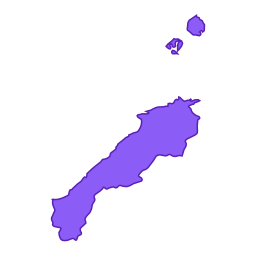 Shimane, Natural Earth projection
{"feature_id": "JPN-1824", "entity_name": "Shimane", "entity_type": "Prefecture", "adm_level": 1, "iso_a3": "JPN", "parent_name": "Japan", "parent_adm1": "", "projection": "natural_earth1", "projection_center": [132.68, 35.321], "detail": "fine", "context": "isolated", "style": "filled", "palette": "violet", "viewbox_px": 256, "rotation_deg": 0, "n_neighbors": 0, "source": "natural_earth", "source_scale": "10m", "svg_char_len": 4212}
<svg xmlns="http://www.w3.org/2000/svg" viewBox="0 0 256 256"><path d="M52.3,199.5L52.8,199.3L55.5,199.6L58.6,199.2L62.6,198.0L65.5,196.6L67.1,195.9L68.7,194.9L69.1,192.3L69.4,191.4L70.1,189.9L72.1,189.5L72.5,188.7L74.5,186.8L77.5,184.0L81.1,181.3L83.3,178.2L84.5,177.0L86.2,177.5L86.8,176.0L87.0,173.6L91.3,169.6L93.2,167.9L95.5,166.0L100.7,161.9L102.5,159.5L105.6,158.9L107.6,158.0L109.7,156.5L110.6,153.2L113.3,151.1L115.3,149.6L116.2,148.5L115.9,147.3L117.3,145.7L117.9,144.1L123.2,139.9L125.7,137.7L128.7,136.3L128.9,134.9L130.5,134.4L132.8,133.2L136.9,132.0L138.4,130.9L139.6,128.8L140.6,127.0L141.4,124.2L141.6,122.3L141.6,120.9L141.3,119.3L139.8,118.5L137.8,117.1L137.1,115.8L138.1,114.7L140.0,114.5L142.3,113.8L144.0,113.8L147.0,113.9L148.2,113.6L148.8,113.0L147.9,112.2L146.2,111.4L147.1,111.2L148.6,110.7L150.6,110.3L153.2,108.8L156.2,107.5L158.6,107.0L163.7,106.8L165.9,106.2L167.9,106.3L168.2,103.6L169.9,103.3L171.9,103.7L173.6,103.1L174.4,101.4L175.2,100.1L176.4,99.4L177.9,99.9L178.8,98.6L178.8,97.0L180.0,97.5L181.3,98.9L183.2,100.5L184.6,101.3L187.5,100.3L189.1,100.2L190.6,99.1L191.1,99.6L190.5,100.7L190.9,101.1L192.0,101.2L192.6,100.8L194.4,100.0L196.2,99.8L198.1,99.7L199.7,100.7L198.5,101.4L197.3,101.8L196.2,102.3L194.7,102.7L193.6,104.2L193.2,104.1L189.3,105.6L188.9,105.9L188.5,106.4L188.8,106.9L189.2,107.3L190.2,108.1L190.5,108.4L190.8,108.9L191.0,109.3L191.3,110.3L191.4,110.8L192.2,112.2L192.9,113.1L195.2,114.9L196.3,115.6L198.9,116.6L199.2,116.9L199.4,117.1L199.6,117.5L199.7,118.0L199.5,118.6L198.8,119.2L198.4,119.4L198.0,119.6L197.7,120.4L197.2,126.5L197.4,130.2L197.4,132.2L196.8,133.7L194.9,135.1L187.4,138.8L186.2,139.7L185.3,140.7L185.4,141.9L186.0,142.8L186.3,144.2L186.0,146.0L183.9,149.9L182.1,155.9L179.3,155.5L175.5,156.4L174.0,156.4L172.7,156.0L170.1,154.5L169.0,154.5L166.6,155.7L165.2,155.8L159.6,154.8L157.7,155.3L156.3,156.0L155.4,157.3L153.6,160.3L148.1,167.5L146.5,168.9L145.2,169.6L143.3,170.2L142.2,171.0L141.2,172.0L139.4,174.0L138.8,175.0L138.6,175.6L138.7,176.2L139.3,176.7L140.4,177.3L141.5,178.1L142.1,179.2L141.9,180.6L141.0,181.2L133.8,183.5L130.1,185.5L128.0,186.3L126.8,186.6L123.3,186.3L121.9,185.9L120.6,185.4L119.3,185.5L118.4,186.1L117.3,187.3L116.2,187.8L115.2,187.7L114.2,187.1L112.8,186.9L108.8,188.0L107.2,189.0L106.1,188.9L105.2,188.3L104.5,187.5L103.5,187.3L102.9,188.2L101.8,189.5L99.9,191.1L95.0,194.6L94.2,195.9L94.0,197.2L94.7,198.6L94.8,199.9L94.5,201.0L93.0,203.2L92.3,204.8L92.0,206.2L91.7,208.1L91.1,210.0L89.8,212.6L87.0,215.6L85.6,217.6L85.0,219.1L85.2,220.5L85.6,221.4L85.8,223.2L80.5,228.1L80.2,229.4L80.4,231.1L81.0,232.0L81.3,232.6L81.4,233.5L81.1,234.2L80.7,234.7L78.2,235.8L77.9,236.2L77.6,236.9L77.0,238.8L76.5,239.9L75.8,240.2L75.1,239.8L74.1,238.9L73.0,238.4L72.0,238.6L67.4,240.3L64.5,240.6L62.9,240.4L61.7,239.9L60.8,239.0L60.2,237.9L59.6,236.5L59.2,234.9L59.0,233.6L59.0,232.5L59.4,231.6L60.9,229.1L60.9,228.5L60.6,227.8L54.1,226.4L52.9,225.4L52.6,224.4L52.8,223.3L52.8,222.1L52.0,220.8L51.5,219.0L51.7,217.4L52.5,215.9L53.9,212.5L54.4,211.7L54.8,210.7L54.8,209.6L53.2,205.8L52.9,204.7L52.6,203.0L52.6,202.1L52.8,200.6L52.7,200.2L52.3,199.5ZM203.2,22.9L204.5,24.7L204.3,30.2L203.7,31.3L202.6,32.0L201.9,30.7L201.1,30.6L200.3,31.2L199.5,32.0L200.6,32.8L200.9,33.8L200.6,34.8L199.5,35.7L198.9,35.6L195.3,34.9L193.4,34.9L192.8,34.6L188.6,30.8L187.7,30.4L187.2,29.3L188.0,22.5L189.2,20.3L196.5,15.4L196.6,16.7L197.3,17.2L198.2,17.4L199.0,17.6L199.3,18.0L199.6,19.0L199.8,19.5L200.4,19.9L201.5,20.3L202.0,20.6L202.5,21.3L202.9,22.3L203.2,22.9ZM177.2,39.0L178.4,39.1L178.4,40.1L178.3,40.9L177.0,41.2L175.8,41.7L175.2,43.7L175.4,44.8L175.6,45.6L175.5,46.3L174.6,47.0L173.8,47.2L173.0,46.9L172.3,46.4L172.1,45.9L172.1,44.9L171.9,44.3L171.5,44.1L170.6,44.1L169.7,44.6L170.0,45.8L170.9,47.8L170.1,48.9L168.9,48.7L167.5,47.7L166.1,46.3L167.9,44.1L171.9,40.9L174.0,38.7L175.6,39.3L177.2,39.0ZM181.4,41.0L182.6,43.2L181.5,46.2L179.4,49.0L177.6,50.8L177.6,47.6L177.8,44.3L178.9,41.8L181.4,41.0ZM171.7,51.5L172.7,50.3L174.6,50.9L176.5,52.4L177.6,53.8L176.4,53.6L173.1,53.8L172.5,53.6L172.0,53.0L171.7,52.2L171.7,51.5ZM178.6,40.1L178.9,39.5L180.7,40.6L178.9,41.0L178.6,40.1Z" fill="#8b5cf6" stroke="#5b21b6" stroke-width="1.5"/></svg>